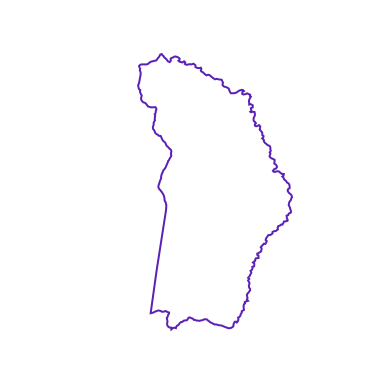 Santa Maria da Vitória, Bahia, Brazil (Robinson projection), rotated 235°
{"feature_id": "56859067B38295503968792", "entity_name": "Santa Maria da Vitória", "entity_type": "district", "adm_level": 2, "iso_a3": "BRA", "parent_name": "Brazil", "parent_adm1": "Bahia", "projection": "robinson", "projection_center": [-44.363, -13.186], "detail": "fine", "context": "isolated", "style": "outline", "palette": "violet", "viewbox_px": 384, "rotation_deg": 235, "n_neighbors": 0, "source": "geoboundaries", "source_scale": "gbopen_adm2", "svg_char_len": 5729}
<svg xmlns="http://www.w3.org/2000/svg" viewBox="0 0 384 384"><g transform="rotate(235 192 192)"><path d="M116.4,88.6L115.5,90.8L115.3,92.3L115.1,93.6L114.8,94.9L114.4,96.2L113.4,97.4L112.3,98.2L111.2,98.6L110.2,100.2L109.6,102.2L108.4,102.7L107.4,103.3L106.4,104.1L105.5,103.3L105.1,102.2L104.4,101.1L103.5,100.1L103.2,99.0L101.1,98.2L99.7,97.4L98.7,96.3L97.4,95.4L95.2,95.3L93.7,96.0L92.8,97.2L91.3,96.3L91.5,98.6L90.9,99.8L89.7,100.7L90.6,101.8L91.1,103.0L90.8,104.3L91.2,105.7L91.7,106.9L91.7,108.6L91.1,109.8L91.4,111.3L90.7,112.8L89.9,114.2L90.3,115.6L91.0,117.1L90.5,118.3L89.0,119.1L87.6,120.1L86.3,120.1L85.5,121.1L84.4,121.7L83.3,123.0L82.1,124.3L81.5,126.1L80.9,127.3L80.8,128.6L80.1,130.0L79.1,131.1L77.9,131.3L76.4,131.8L75.0,132.2L73.9,132.7L72.4,133.6L70.6,134.5L69.3,136.2L67.6,137.5L66.5,138.7L65.4,139.9L63.8,140.8L62.3,141.8L60.6,142.9L59.1,144.2L58.3,146.0L58.1,147.8L58.5,149.2L59.9,150.2L60.5,151.4L61.2,152.5L60.6,153.7L59.4,153.9L59.9,155.7L61.3,157.2L62.7,157.7L62.5,159.3L62.9,160.6L63.9,161.8L64.7,163.6L65.8,164.4L65.6,166.9L67.4,167.9L68.9,168.7L70.2,170.1L70.3,171.5L71.6,172.1L71.4,173.4L70.7,175.5L72.5,175.3L73.3,176.7L74.9,177.3L76.1,177.8L77.0,179.3L77.3,181.1L77.8,182.1L78.2,183.3L79.2,184.0L80.9,184.0L82.8,184.9L83.5,185.9L84.4,186.9L86.1,187.1L87.4,187.2L87.9,189.0L89.5,188.7L90.0,190.8L91.0,192.7L92.0,194.4L93.8,194.7L93.9,196.6L94.6,197.6L96.1,198.5L95.5,200.2L96.5,201.2L98.0,202.1L99.2,201.5L99.4,202.8L99.4,204.3L100.6,205.2L101.0,206.3L100.4,207.5L99.8,208.7L100.7,209.2L101.7,210.0L103.0,209.4L104.1,210.1L103.8,211.4L103.8,212.7L103.7,214.5L104.7,215.6L105.9,216.7L107.4,216.7L107.8,218.5L108.1,219.7L108.4,221.3L107.4,222.2L108.0,223.6L108.9,225.1L110.5,224.8L111.6,226.2L112.2,227.9L112.9,229.8L111.8,231.8L111.8,234.0L113.1,235.1L112.9,236.4L112.0,238.4L112.1,240.9L113.7,241.7L114.6,243.2L114.0,244.8L114.2,246.5L113.4,247.4L114.1,248.8L115.1,250.5L114.0,252.4L113.6,253.7L114.5,254.5L115.7,254.4L117.2,255.3L118.4,256.0L117.9,257.6L118.8,259.0L118.4,261.0L119.2,262.0L120.7,262.4L121.8,262.8L122.9,263.2L124.3,263.5L125.8,263.7L127.1,265.0L128.1,266.2L128.6,268.2L129.8,269.7L130.4,271.0L132.1,271.6L133.8,271.5L135.2,271.0L136.6,270.9L138.1,271.0L139.2,272.2L139.1,274.1L140.4,275.1L142.3,276.0L143.6,276.0L145.2,275.3L147.4,275.3L149.1,274.8L150.3,274.9L151.5,275.2L152.9,274.9L152.9,276.3L154.1,277.5L155.3,276.0L157.1,275.3L158.6,275.2L159.9,274.1L160.4,273.0L160.9,271.4L161.8,270.5L162.9,270.4L163.5,272.1L163.3,273.4L163.1,274.6L163.7,276.0L165.3,276.5L166.8,276.3L168.1,275.7L169.3,276.8L170.8,278.1L172.3,277.5L173.7,276.6L175.2,276.0L176.6,275.9L177.7,277.1L178.6,278.4L179.9,278.4L180.6,280.2L182.2,280.7L183.1,281.5L184.6,282.1L185.7,281.7L187.0,280.9L189.2,280.3L190.5,279.9L192.1,279.9L193.4,280.7L195.7,280.3L195.8,281.7L196.8,282.7L198.2,282.2L200.2,283.5L202.4,283.5L204.2,283.2L205.3,284.4L206.6,285.5L208.3,285.3L208.7,282.9L209.5,281.8L210.6,281.7L211.5,282.5L211.7,283.8L212.9,283.9L214.2,283.4L215.5,283.6L216.8,284.5L217.6,285.6L218.7,287.5L220.2,288.5L221.7,289.1L222.9,287.7L223.4,286.1L224.4,285.8L224.6,287.3L226.9,288.3L226.5,290.3L228.2,291.5L230.2,290.5L230.8,289.0L231.9,289.8L233.6,290.6L234.7,291.7L235.5,293.1L236.3,294.9L237.4,294.5L238.3,295.4L239.9,294.5L241.2,293.7L241.5,291.9L242.4,290.0L243.6,289.4L245.0,290.6L244.9,292.5L246.3,292.2L247.1,291.4L247.6,290.0L248.0,288.7L248.0,287.3L248.0,285.2L248.5,283.8L249.4,282.1L250.5,280.6L251.9,280.5L253.9,280.9L255.8,281.4L257.2,280.8L258.6,279.9L259.6,279.0L260.6,278.5L262.3,278.4L263.8,280.1L265.1,280.3L266.9,280.7L268.1,279.4L269.1,278.3L270.5,277.2L271.2,275.4L272.6,274.9L273.9,274.4L275.1,274.1L276.6,273.7L277.7,273.4L278.8,272.5L279.3,270.7L280.9,270.2L282.3,269.9L283.9,269.6L285.2,268.8L286.3,268.8L287.5,270.3L288.7,270.6L289.4,268.9L290.5,267.5L292.3,266.5L293.9,267.5L295.0,267.2L296.3,266.7L296.8,264.8L298.2,263.2L298.9,261.2L299.9,260.0L301.0,259.6L302.0,260.8L303.6,260.5L303.6,258.4L304.7,257.6L305.7,256.6L307.3,256.2L307.4,257.6L308.5,258.4L310.4,257.8L311.8,256.8L312.9,255.7L313.1,253.5L313.6,252.1L313.3,250.8L311.6,249.9L311.2,248.2L312.9,247.2L314.8,247.2L316.5,247.0L318.1,246.5L319.6,246.6L321.2,246.2L322.4,246.3L322.8,244.8L322.0,243.3L321.5,242.2L321.3,241.0L320.7,239.7L320.3,238.0L321.0,236.5L321.5,235.1L322.2,233.5L322.4,231.8L322.2,230.0L322.3,228.4L323.5,226.6L324.6,225.1L325.4,224.0L325.9,222.6L325.6,220.9L324.4,220.5L322.5,220.1L321.7,219.1L320.5,218.8L319.3,218.5L317.8,217.3L316.8,216.4L311.4,210.9L310.4,209.1L308.4,208.2L306.9,207.6L305.2,208.1L304.0,206.9L302.6,206.5L301.5,206.3L299.7,206.1L298.3,204.3L297.0,203.4L295.2,203.2L293.4,203.5L292.5,204.3L291.2,204.9L289.6,205.0L288.3,205.0L287.1,205.1L286.3,205.9L285.0,206.8L283.4,209.1L282.7,210.5L281.6,210.8L280.1,210.3L279.1,208.7L277.6,207.5L277.0,206.0L275.8,205.8L274.9,204.7L273.9,204.1L273.0,203.2L271.9,202.7L271.4,201.5L270.7,200.3L269.0,199.1L267.7,197.2L266.1,196.3L264.4,196.4L263.3,196.3L262.2,195.9L260.9,195.8L259.5,196.3L258.2,196.9L257.0,197.1L255.9,198.5L253.8,198.1L251.9,197.7L250.5,197.7L249.3,198.0L248.1,198.3L247.0,198.3L245.6,197.8L244.2,197.8L243.0,198.1L241.9,198.3L240.5,198.4L238.8,198.9L237.2,198.5L236.1,197.3L235.2,196.5L233.6,195.9L233.0,194.8L232.3,193.1L231.4,191.5L231.1,190.3L230.1,189.0L229.3,187.8L228.4,186.2L227.5,184.9L226.7,183.2L226.2,181.0L225.2,179.6L224.1,177.6L223.2,176.5L222.2,175.4L220.9,174.6L220.3,173.5L219.3,171.9L218.1,170.5L217.0,168.9L215.7,167.5L214.2,166.9L212.6,166.9L211.3,167.2L210.2,167.1L208.7,167.3L207.7,167.1L206.4,167.1L204.8,166.7L202.7,165.9L201.2,164.9L199.7,164.5L198.5,164.5L197.5,164.0L196.3,163.6L195.0,162.7L192.1,160.4L186.6,155.1L147.9,117.9L116.4,88.6Z" fill="none" stroke="#5b21b6" stroke-width="2"/></g></svg>